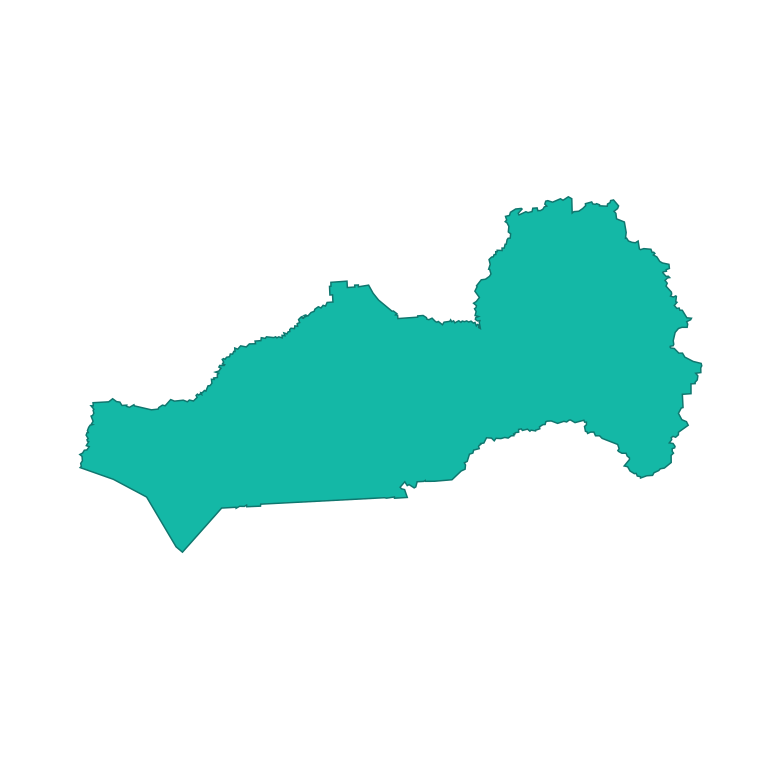 Gwydir, New South Wales, Australia, rotated 258°
{"feature_id": "25037944B33520850609711", "entity_name": "Gwydir", "entity_type": "district", "adm_level": 2, "iso_a3": "AUS", "parent_name": "Australia", "parent_adm1": "New South Wales", "projection": "natural_earth1", "projection_center": [150.613, -29.498], "detail": "fine", "context": "isolated", "style": "filled", "palette": "teal", "viewbox_px": 768, "rotation_deg": 258, "n_neighbors": 0, "source": "geoboundaries", "source_scale": "gbopen_adm2", "svg_char_len": 6137}
<svg xmlns="http://www.w3.org/2000/svg" viewBox="0 0 768 768"><g transform="rotate(258 384 384)"><path d="M365.4,69.4L347.0,99.5L322.8,128.3L267.9,146.8L261.4,151.9L296.4,199.4L294.2,213.6L293.2,213.5L294.4,217.3L293.3,221.9L294.1,224.4L292.5,224.2L290.2,237.8L292.1,238.4L272.7,360.7L271.8,362.8L271.3,370.7L270.1,370.5L268.2,383.2L276.4,382.2L277.9,379.3L279.7,378.3L284.0,384.0L279.8,385.6L280.4,387.6L276.1,391.9L276.7,393.7L281.5,396.1L280.5,402.5L281.1,404.3L280.2,404.2L278.4,413.0L276.2,430.6L282.9,441.5L283.8,445.6L287.9,446.9L290.2,446.2L291.0,449.3L297.6,453.0L298.0,456.6L300.7,457.9L301.0,463.7L303.3,463.5L304.2,464.4L304.8,466.2L305.7,466.1L305.5,469.4L310.1,473.1L308.7,477.9L305.5,480.0L307.6,482.3L306.3,487.0L306.6,491.0L305.3,494.2L306.9,497.8L306.4,500.2L308.1,500.4L307.5,501.3L309.1,502.3L308.9,505.7L311.6,506.2L311.5,509.0L309.8,509.7L310.0,515.0L307.5,516.9L308.3,518.3L306.6,522.5L307.3,522.8L307.8,527.1L309.8,527.2L311.2,531.0L310.9,533.2L313.4,534.4L313.7,536.0L313.1,539.9L309.4,545.6L310.1,552.1L308.9,554.8L310.2,557.6L310.0,559.0L306.5,562.8L307.0,572.0L305.0,572.3L304.6,574.1L302.0,573.5L300.8,571.3L295.9,571.2L295.0,572.6L293.3,572.9L294.0,576.1L293.3,579.3L289.4,580.1L288.5,584.1L285.5,586.0L276.3,600.0L271.8,600.5L270.3,598.9L269.3,599.4L266.8,602.3L265.9,606.4L262.9,606.9L260.8,608.7L259.1,608.4L253.9,601.9L252.4,605.1L247.7,606.6L244.3,610.2L244.1,612.1L241.3,612.6L240.0,615.6L238.7,615.4L239.6,621.9L238.8,627.7L241.1,629.7L242.2,634.7L243.6,636.6L243.5,640.8L247.5,648.6L254.5,650.0L256.2,652.8L258.2,651.9L260.9,652.5L261.1,655.0L262.5,655.7L265.7,654.4L267.1,650.8L269.7,653.8L271.8,653.8L272.7,655.8L271.3,658.2L273.1,661.4L275.6,662.0L280.4,673.0L284.3,672.0L287.2,667.9L294.1,665.9L298.7,669.8L298.8,671.6L311.9,673.7L310.7,682.3L320.3,684.3L319.7,688.4L320.9,688.6L322.9,691.3L326.7,692.7L329.7,691.1L329.3,696.3L334.0,697.2L335.7,698.6L338.2,698.5L341.8,691.1L347.8,683.8L352.1,682.4L352.9,678.8L358.4,675.3L359.6,672.0L360.7,671.5L361.4,671.9L361.3,674.8L362.6,675.7L366.2,675.9L373.9,679.5L377.1,683.6L377.5,687.2L376.4,692.3L379.4,693.5L382.0,693.0L383.1,697.3L384.4,698.4L385.8,694.0L394.1,691.1L394.7,688.7L396.9,688.5L397.1,686.1L400.5,684.3L403.0,687.6L403.8,686.5L408.9,688.2L409.5,687.7L408.9,685.1L410.5,682.5L412.2,684.1L414.2,684.2L421.1,680.2L423.7,682.0L426.9,680.4L428.8,683.4L428.7,685.5L430.3,684.5L430.7,682.2L435.0,679.8L435.7,680.5L435.6,683.7L437.2,683.8L437.7,687.2L441.8,687.6L444.5,681.5L446.6,679.2L451.6,677.3L454.2,674.3L455.4,676.1L456.8,675.2L457.0,673.6L460.3,673.1L462.4,666.3L462.1,662.8L463.0,661.9L471.0,662.3L469.9,659.2L471.0,656.0L473.1,652.8L476.3,651.6L476.3,650.5L481.9,652.4L492.5,652.8L497.2,645.8L502.7,646.3L505.1,644.9L507.0,648.9L509.4,650.5L516.3,646.8L516.3,643.8L514.4,642.8L513.6,640.1L511.5,639.3L513.5,631.8L514.5,632.1L516.2,629.4L515.8,628.1L516.7,625.7L518.9,625.0L518.5,618.5L516.5,618.3L514.3,614.8L512.5,610.4L513.1,605.6L512.1,603.6L526.2,606.2L528.8,603.2L526.5,597.3L528.5,595.1L526.8,586.7L529.3,582.3L529.2,580.2L526.5,578.7L524.2,580.2L523.9,577.6L521.9,575.7L521.1,573.0L521.6,570.5L524.4,570.4L525.0,566.1L521.9,564.7L521.7,560.5L523.0,558.6L521.3,551.2L523.1,550.8L526.4,555.4L527.2,554.8L527.8,549.1L525.7,543.4L522.8,541.8L522.7,537.7L518.9,538.1L517.6,536.3L516.1,537.8L512.2,538.9L506.9,537.2L504.6,539.1L500.5,537.8L500.7,535.7L499.5,534.4L495.3,532.6L495.5,531.5L492.0,529.9L492.4,527.7L490.0,527.3L491.3,522.5L489.9,522.2L490.2,520.8L487.4,520.3L487.7,518.6L485.7,517.4L485.8,515.6L483.9,512.6L479.0,512.8L474.5,510.2L474.0,511.2L469.4,511.5L467.4,509.6L465.4,505.0L465.7,500.8L460.8,494.9L459.8,495.3L455.9,492.2L448.8,495.3L445.5,491.4L444.4,488.4L441.4,490.7L439.6,489.9L438.8,488.2L435.7,489.2L432.0,487.3L430.3,490.5L429.7,487.4L428.2,486.8L426.2,488.6L426.0,490.9L424.4,490.0L418.2,489.8L419.5,488.3L421.8,489.1L422.8,487.8L421.7,486.4L425.3,485.8L425.0,484.1L427.4,482.2L427.0,479.7L428.5,478.0L428.2,475.7L429.3,473.6L428.3,472.0L430.3,470.3L429.1,466.0L431.3,465.2L430.8,463.2L432.9,462.5L431.6,461.4L432.0,455.6L429.8,453.5L433.9,450.1L433.4,448.6L434.4,447.3L438.4,444.7L437.6,441.3L438.4,439.5L440.1,439.3L442.9,436.5L443.6,431.1L442.4,430.8L445.1,411.2L448.4,411.6L449.2,409.7L450.1,411.2L453.4,408.4L453.6,406.9L467.3,396.1L475.1,392.2L483.9,389.5L484.4,379.2L486.2,379.5L486.8,375.9L484.9,375.6L486.0,368.2L492.3,369.2L494.5,353.2L490.6,352.4L490.8,351.0L482.3,349.6L481.9,352.2L474.8,351.1L475.6,345.3L472.4,343.0L473.6,340.8L471.5,338.2L473.2,335.8L471.6,332.0L469.6,330.8L469.1,327.5L466.4,323.8L467.0,322.5L465.8,322.3L467.8,321.9L467.6,320.0L466.1,320.7L466.0,319.4L465.0,319.0L465.4,317.8L467.0,317.9L466.7,316.7L464.8,313.8L461.6,314.3L461.1,311.6L458.4,311.5L459.4,308.9L456.8,307.9L457.9,304.6L456.8,303.1L454.9,302.8L455.0,301.1L453.2,299.5L454.8,296.7L451.8,297.1L452.8,294.4L450.3,294.0L452.0,290.9L451.4,288.8L452.7,287.8L452.3,285.9L454.6,278.8L453.3,277.4L454.8,273.6L452.0,272.6L452.8,266.8L450.1,266.7L451.2,260.6L448.9,257.0L451.1,251.7L448.5,248.2L450.2,245.5L446.8,245.0L447.1,243.8L444.7,242.1L445.3,239.9L442.8,238.6L442.9,235.5L441.2,233.7L442.2,232.4L441.7,230.9L438.8,231.7L437.3,230.2L435.9,232.2L435.3,231.4L436.3,227.2L434.9,226.0L433.3,227.8L431.0,225.1L430.7,221.6L428.9,224.5L427.8,222.9L425.0,222.4L425.3,218.7L423.8,218.8L424.5,216.2L420.5,215.8L418.6,213.6L418.8,211.5L414.1,208.3L415.0,207.0L413.2,204.3L413.7,203.0L411.6,203.4L412.5,202.1L411.8,200.5L412.9,199.4L411.9,197.8L409.7,198.4L407.0,194.1L408.8,190.3L407.5,188.0L409.9,184.3L410.8,175.5L413.1,172.1L408.2,165.4L409.4,162.9L407.8,158.8L406.4,157.8L407.1,151.1L414.5,135.3L415.7,135.1L414.1,130.1L415.7,127.5L416.8,128.0L417.5,123.2L421.2,121.9L422.4,118.7L426.0,115.5L423.8,111.0L426.2,95.5L423.1,95.1L423.6,92.9L419.6,95.0L418.8,94.0L415.7,94.1L413.8,92.4L413.5,90.8L408.0,91.7L405.6,89.4L404.9,90.5L404.8,88.0L403.0,86.1L400.0,84.2L398.0,84.6L398.1,83.4L395.9,82.0L392.1,83.3L391.3,81.9L389.8,82.0L389.0,83.1L385.6,80.0L384.0,82.6L381.3,79.7L381.5,77.1L379.1,74.8L378.3,71.8L376.0,73.6L371.5,73.0L369.4,70.8L366.4,70.8L365.4,69.4Z" fill="#14b8a6" stroke="#0f766e" stroke-width="1.5"/></g></svg>